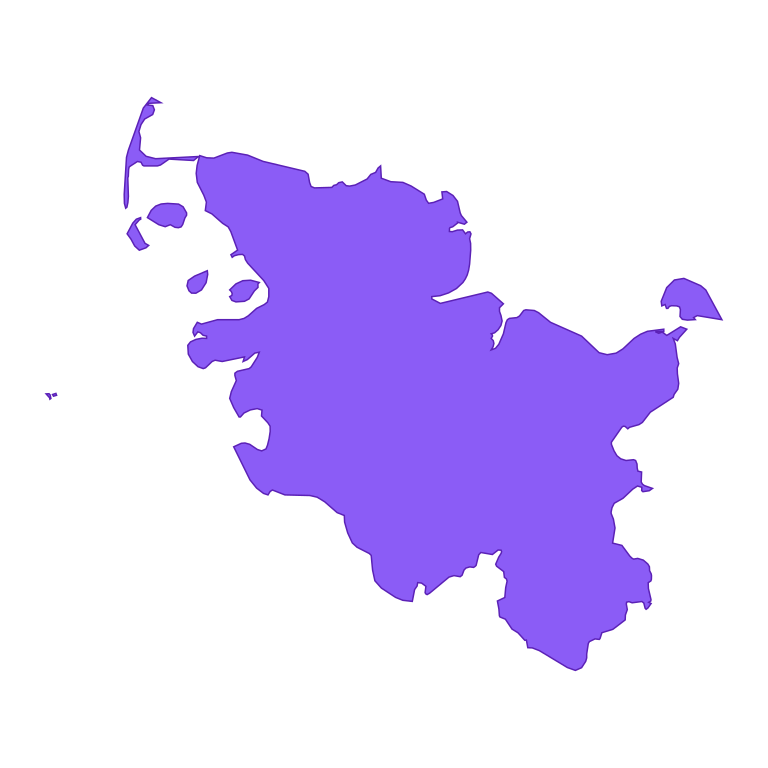 SVG path tracing the border of Schleswig-Holstein
{"feature_id": "DEU-1579", "entity_name": "Schleswig-Holstein", "entity_type": "State", "adm_level": 1, "iso_a3": "DEU", "parent_name": "Germany", "parent_adm1": "", "projection": "mercator", "projection_center": [9.834, 54.215], "detail": "fine", "context": "isolated", "style": "filled", "palette": "violet", "viewbox_px": 768, "rotation_deg": 0, "n_neighbors": 0, "source": "natural_earth", "source_scale": "10m", "svg_char_len": 6127}
<svg xmlns="http://www.w3.org/2000/svg" viewBox="0 0 768 768"><path d="M231.9,152.3L247.6,155.1L263.1,161.4L304.8,171.3L308.1,174.2L309.6,182.5L311.1,186.5L314.5,187.9L331.8,187.4L333.8,185.4L336.6,184.7L338.7,182.7L342.3,181.9L346.2,185.7L349.6,186.1L355.3,185.0L367.1,179.0L370.8,174.4L375.6,172.4L378.1,168.0L380.6,165.9L381.3,178.2L390.8,181.7L402.9,182.4L411.1,186.0L424.3,194.2L426.3,200.1L428.6,203.3L433.7,202.4L442.7,198.9L441.9,191.9L446.6,191.5L453.0,195.5L457.5,201.3L460.2,212.9L461.4,215.6L466.9,222.2L464.4,224.2L457.5,222.2L457.6,223.0L452.7,226.8L450.0,227.6L449.5,228.4L449.4,231.5L452.3,231.7L457.4,230.1L462.6,229.9L465.5,233.8L467.7,232.0L469.9,231.8L471.0,233.9L469.6,238.7L470.6,243.4L470.7,250.2L469.6,264.2L468.6,270.2L467.2,275.0L465.3,278.9L462.9,282.5L456.5,288.5L448.6,292.9L440.1,295.7L431.8,296.6L431.8,298.9L440.3,303.4L487.8,292.0L491.5,293.3L503.4,303.8L499.5,307.7L499.5,311.4L501.0,315.6L502.1,321.0L500.9,325.5L498.1,329.7L494.6,332.8L491.2,333.8L492.4,335.1L492.5,336.2L491.2,338.4L493.3,340.7L493.9,343.5L493.1,346.7L491.2,349.9L495.5,348.3L498.8,344.3L503.4,333.8L506.0,322.6L507.4,319.7L509.4,318.4L516.9,317.6L519.5,316.0L523.7,310.5L525.9,309.8L534.3,310.5L538.6,312.7L550.5,322.3L581.6,336.1L599.1,352.7L607.2,354.7L616.2,353.1L622.9,348.9L634.1,338.4L640.6,334.2L647.4,331.3L663.8,329.2L663.8,331.5L655.3,331.7L658.7,333.3L662.2,332.1L666.8,335.4L680.6,326.8L686.8,329.2L679.4,337.4L677.4,340.7L673.2,338.4L675.3,343.9L677.1,357.4L678.7,363.7L677.2,368.0L677.4,373.7L678.7,383.4L677.8,389.2L674.1,394.4L673.2,397.3L650.3,412.2L642.4,422.4L639.0,424.6L629.5,427.3L627.8,428.8L625.1,426.4L623.3,426.2L621.8,427.2L611.4,442.2L611.4,444.3L614.0,450.8L616.9,455.7L620.7,458.8L626.0,460.5L633.6,459.7L635.6,460.5L637.0,464.0L637.2,468.0L637.9,471.1L641.6,472.0L641.2,482.0L642.5,484.2L644.4,485.6L652.5,488.4L649.3,490.7L642.9,491.7L641.7,490.6L641.8,487.3L637.5,486.0L632.8,489.1L623.1,498.2L614.2,503.3L612.0,507.7L611.1,512.1L611.2,513.6L613.4,519.1L615.0,528.0L612.6,543.1L621.9,545.4L629.9,556.2L632.0,558.2L633.6,559.1L637.7,558.4L643.3,560.1L647.9,564.1L649.4,566.7L649.6,570.7L651.2,573.9L651.5,575.6L651.4,579.3L650.9,580.9L648.2,582.7L648.4,588.5L651.0,599.6L650.8,601.0L648.7,602.3L651.1,603.5L647.9,608.0L646.1,609.3L645.1,608.2L643.8,603.0L641.9,601.5L632.1,602.8L628.9,601.6L626.6,602.2L626.3,604.0L627.3,609.6L625.4,615.0L625.2,619.9L612.9,629.3L601.9,632.7L600.0,638.6L599.3,639.4L595.0,638.9L589.4,641.6L588.3,643.5L586.7,653.9L586.7,657.9L585.7,661.4L581.6,667.7L575.4,670.4L567.3,667.5L539.3,650.6L532.3,647.9L527.8,647.7L526.4,640.1L524.8,640.3L518.0,632.8L512.0,629.1L505.4,619.2L500.0,617.0L499.4,615.8L498.9,609.0L497.4,601.0L504.8,597.5L505.7,587.6L507.1,581.1L506.4,578.9L504.4,577.4L503.7,571.6L496.6,566.2L495.7,564.2L498.7,557.2L501.2,553.2L501.6,551.6L501.1,550.2L498.1,550.0L492.4,554.5L480.8,552.5L478.7,554.8L476.1,565.4L475.1,566.4L473.6,567.4L469.8,566.9L466.0,568.0L464.0,570.1L462.1,575.2L460.2,576.7L454.0,575.6L449.0,577.1L429.6,593.2L427.1,594.6L425.7,593.8L425.1,592.6L425.9,586.3L421.6,583.1L417.7,582.6L417.1,586.0L414.6,589.6L412.3,601.4L402.8,600.3L395.6,597.4L381.4,588.1L374.9,580.8L372.6,570.2L371.2,555.4L369.3,553.5L357.1,547.3L352.3,542.9L347.7,532.9L344.6,522.1L344.3,515.5L337.1,512.6L324.7,501.8L317.2,497.2L309.9,495.5L284.9,494.9L272.4,490.0L270.1,491.5L268.0,494.9L263.5,493.4L256.6,488.1L250.0,479.9L233.7,446.8L241.3,443.3L245.0,443.0L249.7,444.3L257.4,449.5L261.7,450.9L266.0,448.9L267.5,445.2L269.1,438.6L270.2,431.4L270.1,426.2L267.8,422.7L261.5,416.0L262.0,410.1L257.2,408.6L250.4,409.9L244.0,413.0L240.4,417.0L239.1,417.0L233.7,407.6L229.7,398.4L231.3,391.7L236.3,380.6L234.9,375.5L234.9,373.2L237.4,371.3L249.1,368.6L251.2,366.9L257.3,357.3L259.3,352.2L254.8,353.1L247.3,359.6L243.1,361.5L244.5,356.9L222.2,361.5L215.1,360.2L212.1,361.5L205.5,367.8L203.2,368.6L198.0,366.7L192.4,361.5L188.3,354.1L187.8,345.3L190.5,341.9L195.9,339.4L202.0,338.2L206.6,338.4L206.6,336.1L203.1,335.3L200.4,332.7L197.8,331.9L194.6,336.1L193.0,332.4L193.5,328.6L197.3,322.3L201.5,324.1L217.5,319.7L239.1,319.7L244.1,318.4L248.3,315.8L256.6,308.4L264.2,304.6L267.4,302.1L268.8,296.6L268.8,288.4L263.8,280.6L247.7,263.2L245.4,259.6L244.5,256.0L242.6,254.4L238.6,254.6L234.4,255.7L232.2,257.3L230.9,254.7L237.6,250.1L230.8,231.6L228.2,226.9L222.6,223.3L211.9,213.9L205.3,210.6L206.4,202.1L203.8,195.2L197.3,182.4L196.2,173.4L197.1,165.5L199.7,155.6L206.7,157.8L213.9,158.1L227.3,153.0L231.9,152.3ZM705.8,290.0L721.9,319.7L697.2,315.6L693.6,317.6L695.3,319.6L687.4,320.1L682.3,319.3L680.0,316.5L680.4,309.6L679.5,306.9L676.7,305.9L671.5,305.7L669.4,306.4L667.9,308.4L666.5,308.4L665.1,304.5L661.8,305.9L661.2,301.3L666.7,287.6L674.4,280.0L683.9,278.4L700.7,285.7L705.8,290.0ZM140.6,137.8L139.5,150.0L146.1,156.3L155.6,158.7L198.5,156.5L193.6,160.5L169.0,159.1L160.5,165.0L157.5,165.9L143.9,165.9L142.6,165.2L141.0,162.2L137.4,161.5L130.2,166.2L129.1,167.1L128.6,169.6L128.3,176.4L127.8,177.8L128.4,196.4L127.9,202.5L126.9,207.2L125.7,208.2L124.4,203.4L124.2,194.4L126.5,157.3L128.4,150.1L143.3,108.1L151.5,97.6L160.9,102.7L148.9,103.3L147.4,105.0L152.8,105.6L154.4,109.8L152.7,114.5L144.7,119.0L141.0,124.6L138.9,131.5L140.6,137.8ZM167.6,203.4L178.6,204.1L183.1,206.8L186.6,212.9L186.6,215.2L184.9,218.0L182.7,224.5L181.1,226.9L178.4,227.7L175.0,227.3L170.3,224.7L165.2,226.7L158.8,224.7L147.4,217.6L151.2,210.4L155.7,206.1L161.1,204.0L167.6,203.4ZM259.3,282.5L257.9,284.0L258.0,287.4L254.4,290.9L249.1,298.9L244.5,301.3L235.9,301.9L231.9,300.4L229.7,296.6L231.8,295.5L232.2,293.6L231.3,291.5L229.7,289.9L235.9,283.9L242.8,280.7L250.6,280.2L259.3,282.5ZM194.6,276.1L207.3,270.7L207.7,274.4L206.1,282.7L201.5,289.9L195.9,293.2L191.5,293.1L189.0,290.8L187.0,285.9L188.2,280.5L194.6,276.1ZM135.1,224.7L145.0,243.3L148.7,245.4L146.0,247.8L139.3,250.2L134.7,246.0L131.0,239.2L127.1,233.8L132.8,223.1L136.3,219.2L140.6,217.6L140.7,219.2L139.3,219.9L135.1,224.7ZM50.9,398.5L49.9,399.2L49.6,397.8L46.1,393.9L49.0,393.7L50.2,395.0L50.9,398.5ZM52.5,394.5L55.9,393.4L56.6,395.3L53.5,396.2L52.5,394.5Z" fill="#8b5cf6" stroke="#5b21b6" stroke-width="1.5"/></svg>